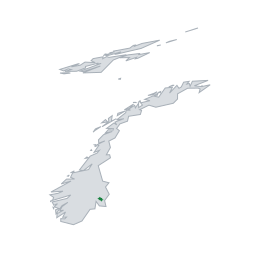 Fet nor, Akershus, Norway (highlighted), rotated 344°
{"feature_id": "86288312B34896382200122", "entity_name": "Fet nor", "entity_type": "district", "adm_level": 2, "iso_a3": "NOR", "parent_name": "Norway", "parent_adm1": "Akershus", "projection": "equal_earth", "projection_center": [11.264, 59.871], "detail": "fine", "context": "in_parent", "style": "filled", "palette": "green", "viewbox_px": 256, "rotation_deg": 344, "n_neighbors": 0, "source": "geoboundaries", "source_scale": "gbopen_adm2", "svg_char_len": 4183}
<svg xmlns="http://www.w3.org/2000/svg" viewBox="0 0 256 256"><g transform="rotate(344 128 128)"><path d="M154.4,111.8L144.2,113.6L145.9,114.8L143.6,118.4L131.8,116.9L129.4,121.3L121.4,121.8L116.9,125.3L119.0,128.2L112.7,134.0L105.9,135.3L105.7,141.9L99.8,147.8L103.0,148.7L102.9,151.8L89.0,156.0L89.0,172.1L94.6,175.4L90.1,178.5L91.7,186.5L85.5,191.3L85.2,197.4L79.0,195.0L77.1,189.7L73.9,196.6L69.1,195.7L58.1,204.7L48.9,205.9L37.6,199.3L38.4,196.6L42.2,197.9L44.3,196.7L40.6,195.8L44.8,191.5L34.8,194.6L36.3,190.8L43.4,189.2L39.7,188.8L43.0,185.4L49.7,182.9L43.2,184.4L35.1,190.8L35.8,186.7L39.5,186.4L35.4,183.5L39.4,181.3L35.4,181.8L34.7,178.2L50.1,178.9L54.5,176.6L35.5,176.8L37.4,174.2L34.5,170.7L42.7,171.5L48.1,170.8L36.3,168.3L58.6,163.3L48.4,163.4L54.8,160.2L62.6,162.3L59.2,159.6L62.4,155.9L78.6,157.1L83.7,152.6L73.3,156.7L69.7,155.0L83.9,144.6L91.4,143.6L94.3,141.6L88.6,142.1L95.1,136.7L93.3,135.6L102.2,134.0L95.7,134.5L96.3,131.3L102.6,127.7L111.9,127.0L104.9,126.5L108.6,124.2L113.1,125.9L113.8,124.6L107.3,122.5L115.8,119.3L118.0,121.9L117.1,118.7L126.6,117.9L119.2,117.1L130.1,112.6L131.0,110.4L135.3,111.5L133.5,110.2L140.7,108.0L140.6,110.7L145.0,107.1L143.9,111.3L148.2,110.0L147.1,107.3L156.6,107.8L152.0,105.1L161.0,104.1L166.0,106.8L174.8,99.8L181.9,101.1L177.6,105.9L186.8,100.5L187.9,103.9L190.6,103.2L194.1,99.3L199.6,100.0L196.6,102.0L199.2,102.1L199.2,105.0L202.8,100.8L218.1,104.3L203.4,105.7L210.2,108.5L218.9,109.1L206.1,113.6L208.1,110.4L206.5,109.0L196.3,106.2L185.1,108.8L183.6,113.8L178.4,116.7L160.5,115.7L154.4,111.8ZM113.6,51.7L123.7,52.7L122.8,54.4L127.3,53.5L129.2,54.9L146.7,57.1L132.6,58.6L117.5,67.1L99.8,62.6L118.5,60.8L100.4,61.4L97.8,60.2L120.0,58.5L115.3,58.1L117.4,57.4L104.1,57.1L103.8,58.5L94.3,59.3L82.9,56.2L89.5,56.2L86.8,54.7L81.9,55.4L78.6,52.9L97.6,52.5L99.1,52.8L90.5,53.6L99.3,54.5L104.8,52.8L114.5,56.1L111.1,53.1L113.6,51.7ZM135.4,50.1L151.7,51.7L156.0,50.1L157.9,50.3L156.8,51.2L164.8,50.6L182.7,52.3L162.6,55.1L138.3,53.9L135.4,53.5L142.3,52.9L129.3,52.8L126.3,52.2L130.1,51.8L124.1,51.4L133.1,51.5L132.0,50.7L135.6,51.0L135.4,50.1ZM148.1,57.7L160.2,59.7L158.1,60.4L169.7,61.5L156.6,63.7L154.1,63.5L155.6,62.4L144.4,62.9L148.8,60.7L139.4,58.2L148.1,57.7ZM113.9,116.9L119.4,115.8L103.4,119.6L111.4,116.5L111.8,113.4L116.2,111.8L113.9,116.9ZM122.3,111.1L129.8,110.9L121.1,113.2L122.3,111.1ZM129.5,109.5L140.0,106.5L134.6,109.6L129.5,109.5ZM77.8,56.4L85.9,58.4L87.7,59.3L81.4,58.3L77.8,56.4ZM108.7,113.7L110.1,116.5L104.1,115.8L108.7,113.7ZM165.9,101.1L161.9,103.0L156.1,102.2L162.7,101.8L165.9,101.1ZM166.8,102.5L165.1,104.6L162.6,104.0L166.8,102.5ZM96.7,119.8L102.4,119.2L96.2,121.1L96.7,119.8ZM222.4,51.2L209.5,51.5L222.8,51.1L222.4,51.2ZM191.7,56.1L199.3,56.4L187.9,56.6L191.7,56.1ZM178.5,99.7L182.7,99.2L184.2,99.6L178.5,99.7ZM169.5,101.9L168.8,103.1L167.5,102.1L169.5,101.9ZM147.1,105.1L147.2,106.3L145.5,105.9L147.1,105.1ZM134.6,78.2L134.1,79.1L132.1,78.3L134.6,78.2ZM182.4,57.2L178.9,57.1L178.5,56.9L182.4,57.2ZM80.5,144.5L81.7,145.7L78.5,145.4L80.5,144.5ZM139.8,104.8L142.0,105.3L143.3,106.0L139.8,104.8ZM126.4,50.6L127.9,51.0L125.6,50.8L126.4,50.6ZM64.0,155.1L60.3,155.2L64.1,154.5L64.0,155.1ZM58.6,157.0L57.2,158.0L56.6,157.5L58.6,157.0ZM95.3,121.4L93.3,122.4L95.4,120.7L95.3,121.4ZM34.7,184.0L34.2,185.7L34.1,183.5L34.7,184.0ZM91.8,135.8L90.9,134.9L92.1,135.0L91.8,135.8ZM211.0,107.3L210.7,108.3L210.5,108.1L211.0,107.3ZM92.8,136.6L90.7,136.8L93.2,136.4L92.8,136.6ZM86.7,138.7L86.9,139.6L85.9,139.3L86.7,138.7ZM34.1,176.7L33.2,177.8L33.4,176.9L34.1,176.7Z" fill="#d9dde1" stroke="#a8b0b8" stroke-width="1"/><path d="M81.6,188.8L81.9,189.1L82.0,189.3L82.0,189.5L82.3,189.6L82.5,189.7L82.8,189.7L82.8,189.8L82.9,189.7L83.0,189.7L82.9,189.6L82.7,189.5L82.7,189.4L82.4,189.3L82.4,189.2L82.5,189.1L82.7,188.9L82.8,188.9L83.0,188.8L83.0,188.7L82.9,188.7L82.7,188.6L82.4,188.5L82.3,188.4L82.2,188.3L82.2,188.2L81.9,187.9L81.8,187.7L81.7,187.7L81.5,187.8L81.4,187.8L81.2,187.8L80.9,187.8L81.0,187.9L80.9,187.9L81.0,187.9L80.9,187.9L80.9,188.0L81.0,187.9L81.0,188.0L80.9,188.0L81.0,188.0L80.9,188.1L81.0,188.3L81.3,188.4L81.3,188.5L81.5,188.7L81.6,188.8Z" fill="#22c55e" stroke="#15803d" stroke-width="1.5"/></g></svg>